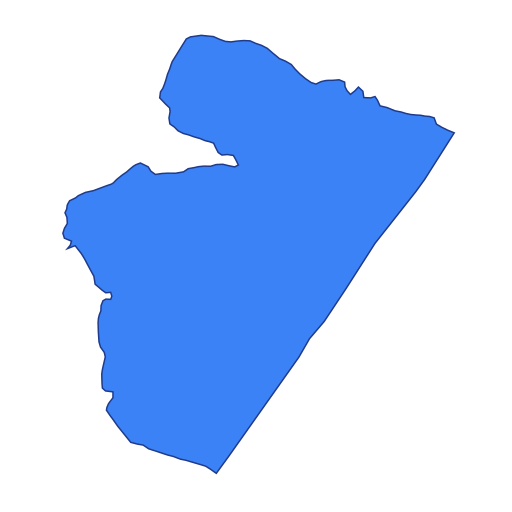 outline of Kuria West, Nyanza, Kenya, rotated 272°
{"feature_id": "3690345B86494009793520", "entity_name": "Kuria West", "entity_type": "district", "adm_level": 2, "iso_a3": "KEN", "parent_name": "Kenya", "parent_adm1": "Nyanza", "projection": "natural_earth1", "projection_center": [34.539, -1.202], "detail": "fine", "context": "isolated", "style": "filled", "palette": "blue", "viewbox_px": 512, "rotation_deg": 272, "n_neighbors": 0, "source": "geoboundaries", "source_scale": "gbopen_adm2", "svg_char_len": 2654}
<svg xmlns="http://www.w3.org/2000/svg" viewBox="0 0 512 512"><g transform="rotate(272 256 256)"><path d="M305.6,69.5L304.7,67.8L301.3,66.0L299.9,65.5L296.4,65.2L292.5,63.6L288.0,65.7L281.9,66.3L277.0,63.6L272.0,62.2L267.1,63.9L264.4,71.1L260.3,70.0L256.8,67.3L259.3,73.1L259.9,75.0L256.3,78.0L252.1,81.5L247.1,84.8L242.0,87.7L237.0,90.6L230.1,94.7L222.2,96.2L216.5,103.4L214.0,107.1L214.6,112.0L210.8,113.3L207.6,112.3L207.7,107.5L205.9,104.6L201.0,102.9L195.8,102.9L191.9,101.5L188.2,100.7L184.0,100.5L180.8,100.7L174.6,101.1L164.7,102.1L159.5,103.8L154.4,107.7L149.9,108.9L144.7,107.9L138.5,106.7L135.9,106.3L132.7,106.0L129.0,106.2L122.8,106.6L118.6,107.1L115.9,110.3L115.2,117.8L109.3,118.0L104.7,114.7L102.9,113.6L99.5,112.3L96.7,111.9L91.9,115.4L87.6,118.8L80.9,123.9L65.4,137.3L63.9,143.9L63.1,149.8L59.6,155.4L54.0,174.7L52.8,180.3L50.3,187.7L49.5,192.6L46.6,203.9L45.6,207.9L44.2,213.0L41.6,217.5L37.4,223.9L54.7,235.6L121.1,279.2L156.6,302.5L175.3,312.4L192.9,326.4L226.2,346.9L272.8,374.5L325.8,413.4L338.6,422.0L386.0,449.8L388.5,443.0L391.1,437.2L394.1,431.7L400.3,429.2L401.5,424.5L401.7,419.9L402.1,417.5L402.4,415.5L402.5,410.9L402.8,405.8L403.7,400.8L405.0,395.9L406.0,389.7L408.9,381.9L410.4,374.7L415.8,372.0L419.5,369.4L418.0,365.0L418.1,358.2L424.3,357.1L428.4,352.5L424.2,348.8L420.8,344.7L424.4,341.2L428.2,339.1L432.9,338.5L435.0,332.9L434.4,327.8L434.2,325.9L434.1,322.9L433.8,319.7L432.8,315.8L432.3,314.4L429.9,309.9L431.3,305.0L435.0,299.2L439.7,293.2L444.2,288.5L448.6,284.6L451.8,278.6L454.1,272.5L456.7,269.2L459.8,265.1L463.9,260.1L466.7,254.2L468.6,248.0L470.8,242.6L470.9,236.3L470.1,229.3L469.1,223.5L469.4,217.9L471.3,212.0L473.8,205.8L474.6,193.5L472.7,182.8L470.5,178.8L463.1,174.5L452.6,168.5L447.4,165.5L446.5,165.2L444.5,164.5L443.3,164.2L439.6,163.1L435.6,161.6L434.5,161.2L432.0,160.6L428.8,159.8L424.4,158.5L420.2,157.0L416.6,154.8L414.5,154.6L412.2,154.4L410.7,154.2L404.9,160.1L401.0,164.5L397.3,165.1L390.9,164.2L385.0,165.3L382.1,169.8L378.4,173.7L375.9,179.1L374.7,184.4L372.9,190.0L371.4,196.1L369.6,200.8L369.1,202.9L368.7,205.2L367.3,209.7L363.1,211.8L358.1,214.6L355.7,218.4L356.4,223.9L355.7,229.9L351.2,232.6L346.3,235.2L344.3,231.5L345.3,225.6L346.5,219.6L346.0,213.0L344.1,207.5L344.0,200.9L343.3,195.5L342.1,190.8L340.9,185.2L337.6,180.7L335.9,172.7L335.7,165.1L335.2,159.3L334.0,152.6L337.1,148.0L341.4,145.1L344.9,137.2L343.1,132.9L341.5,130.4L338.7,127.2L335.3,123.6L332.3,119.5L328.4,115.0L327.3,113.8L324.1,110.9L322.8,109.0L321.3,105.0L320.7,103.5L318.6,98.4L315.7,91.4L313.6,83.3L310.1,76.3L307.9,73.8L306.6,71.4L305.6,69.5Z" fill="#3b82f6" stroke="#1e3a8a" stroke-width="1.5"/></g></svg>